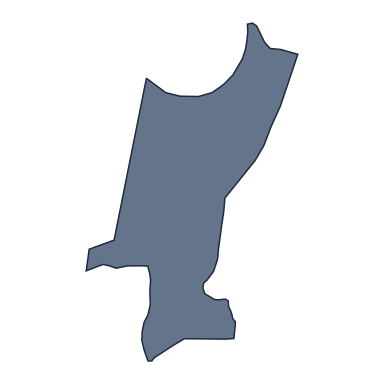 Batha Ouest, Batha, Chad
{"feature_id": "50815135B78939282341988", "entity_name": "Batha Ouest", "entity_type": "district", "adm_level": 2, "iso_a3": "TCD", "parent_name": "Chad", "parent_adm1": "Batha", "projection": "natural_earth1", "projection_center": [18.7, 14.28], "detail": "fine", "context": "isolated", "style": "filled", "palette": "slate", "viewbox_px": 384, "rotation_deg": 0, "n_neighbors": 0, "source": "geoboundaries", "source_scale": "gbopen_adm2", "svg_char_len": 1110}
<svg xmlns="http://www.w3.org/2000/svg" viewBox="0 0 384 384"><path d="M297.8,54.3L280.8,49.5L270.2,48.5L264.6,42.3L256.7,26.1L252.5,23.1L249.6,23.7L247.4,24.2L247.7,29.6L247.8,32.2L247.4,35.4L246.9,40.8L245.6,48.9L242.4,58.9L241.4,60.5L232.8,75.1L230.5,77.4L224.8,83.4L219.9,87.2L212.0,92.6L198.6,96.5L180.0,96.2L165.7,92.6L146.5,78.4L146.4,78.4L114.1,240.1L89.2,249.2L86.2,270.9L97.1,266.6L103.3,264.4L109.9,266.0L116.1,268.2L127.6,265.9L144.1,265.8L147.9,266.3L149.7,273.6L150.6,279.9L149.9,290.7L150.0,296.9L150.3,304.2L148.1,314.5L144.0,322.6L142.2,331.5L141.9,340.7L144.1,349.9L146.0,355.5L148.1,361.0L151.8,361.0L154.2,357.8L172.8,345.6L184.2,338.8L186.3,338.7L225.0,339.1L233.9,338.6L235.3,325.0L235.2,321.5L232.7,318.7L231.9,314.5L230.6,310.7L228.6,306.6L228.2,300.9L225.6,299.2L222.3,299.4L218.1,299.8L214.4,299.4L208.8,296.1L204.9,293.8L202.8,287.9L203.8,282.9L207.3,279.8L213.6,271.3L217.5,259.4L218.6,248.1L220.5,234.1L221.2,228.6L223.7,212.0L224.9,198.1L238.7,180.9L255.1,160.5L263.8,145.7L271.2,126.4L280.2,106.5L287.0,86.5L297.8,54.3Z" fill="#64748b" stroke="#1e293b" stroke-width="1.5"/></svg>